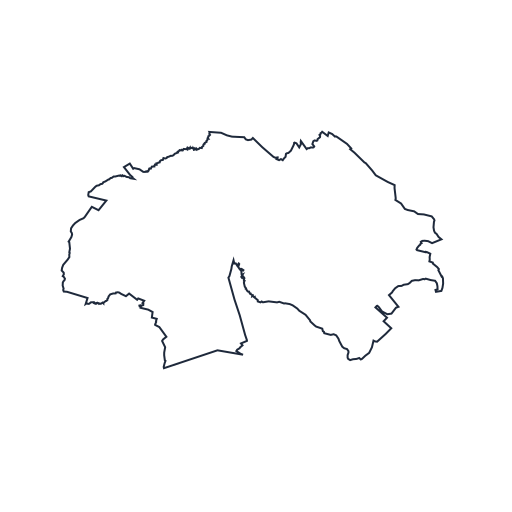 outline of Supur, Satu Mare, Romania, rotated 32°
{"feature_id": "2599482B47171658454512", "entity_name": "Supur", "entity_type": "district", "adm_level": 2, "iso_a3": "ROU", "parent_name": "Romania", "parent_adm1": "Satu Mare", "projection": "mercator", "projection_center": [22.793, 47.46], "detail": "fine", "context": "isolated", "style": "outline", "palette": "slate", "viewbox_px": 512, "rotation_deg": 32, "n_neighbors": 0, "source": "geoboundaries", "source_scale": "gbopen_adm2", "svg_char_len": 6116}
<svg xmlns="http://www.w3.org/2000/svg" viewBox="0 0 512 512"><g transform="rotate(32 256 256)"><path d="M237.4,399.9L273.3,356.4L297.3,346.6L294.8,347.1L289.7,347.0L289.7,345.4L291.0,342.9L290.9,342.1L291.9,338.9L289.6,338.1L293.3,332.8L292.9,332.2L288.6,328.7L273.6,314.9L260.8,304.3L244.1,289.0L244.1,287.1L242.0,280.1L240.9,277.6L239.2,271.5L241.6,273.9L242.7,273.0L245.1,274.1L245.3,271.5L246.0,271.7L246.7,274.7L249.1,275.8L249.8,276.0L249.7,275.1L250.5,274.6L253.6,274.7L251.7,275.6L251.6,276.6L253.5,279.2L254.0,279.5L254.5,278.7L254.6,281.5L255.9,282.0L256.6,281.3L256.4,280.3L257.6,280.7L258.0,281.1L258.1,283.0L258.3,282.4L258.8,283.3L259.4,283.1L259.9,285.1L262.8,288.0L264.1,288.4L264.6,289.2L265.0,289.0L266.6,290.1L268.3,290.4L269.0,289.9L270.7,291.1L271.3,290.7L271.7,291.1L273.7,291.1L274.0,291.9L274.3,291.2L274.8,291.7L276.2,291.9L276.6,291.3L277.2,292.0L280.9,292.5L281.6,293.6L284.4,292.9L284.9,291.6L286.4,291.6L290.7,287.8L298.4,284.2L300.0,282.5L305.0,281.4L305.7,280.7L310.1,278.9L313.2,278.4L318.9,278.7L321.7,279.5L329.2,279.6L336.0,281.9L336.7,282.7L342.5,283.8L344.4,284.0L350.7,282.5L352.5,284.3L353.8,284.3L354.8,285.3L361.2,283.3L363.3,281.2L366.1,280.8L369.7,282.4L371.7,284.0L377.2,287.2L379.6,287.5L382.5,286.7L384.8,287.7L385.6,288.9L386.2,291.5L387.6,293.7L388.7,294.4L391.0,294.4L392.9,292.2L395.8,290.0L397.6,287.8L399.7,288.2L400.4,287.1L401.6,282.5L403.3,278.2L402.7,272.0L400.5,265.5L402.1,265.4L404.1,264.5L407.3,253.3L409.0,245.6L398.8,243.7L399.8,238.9L384.5,236.3L384.9,234.3L385.3,233.9L387.4,234.3L392.1,236.2L394.3,236.1L398.2,235.8L401.4,233.1L402.1,225.7L403.7,223.6L389.5,218.7L390.7,214.8L390.6,213.4L391.1,209.6L392.6,206.1L395.3,204.2L396.5,202.1L399.7,199.4L400.6,197.5L401.3,194.5L403.7,192.2L406.9,190.4L409.9,186.9L411.3,186.4L411.9,185.3L417.0,183.8L421.0,182.1L423.8,183.3L425.9,185.5L427.6,188.0L426.2,189.7L427.6,191.0L431.7,187.4L431.0,184.2L429.3,180.2L426.4,175.9L424.9,174.8L424.3,174.6L424.2,175.0L418.2,171.4L418.0,170.2L415.6,169.4L410.1,168.7L409.4,167.9L405.9,168.7L405.2,166.9L403.8,164.9L402.6,161.7L399.0,162.1L397.8,162.5L397.9,162.9L389.5,165.7L388.7,165.5L388.4,163.7L388.8,160.5L389.3,159.5L389.0,158.3L389.6,157.4L388.3,156.6L389.0,155.1L390.9,153.7L394.1,152.2L398.5,151.8L404.4,143.6L400.7,143.1L397.5,141.6L395.4,141.4L393.6,140.2L391.3,137.6L388.8,132.7L388.5,131.3L387.6,130.5L384.0,129.3L376.3,131.8L371.1,134.6L366.5,134.3L360.3,136.6L357.3,137.2L351.2,134.6L344.5,134.6L343.9,133.0L337.5,125.0L336.0,122.4L328.6,123.4L314.8,124.1L309.1,121.9L299.9,119.1L298.3,119.2L284.7,116.2L279.3,115.5L279.7,114.3L273.8,112.7L261.5,112.1L260.3,112.2L259.7,112.9L256.0,112.2L252.2,112.7L253.2,116.2L246.3,115.6L246.2,116.7L245.7,117.6L246.1,118.6L245.7,119.7L246.8,120.2L247.3,121.4L246.3,124.2L246.8,125.5L246.4,126.2L244.4,127.0L243.8,128.3L244.5,131.2L247.3,132.2L247.3,133.2L246.9,133.8L244.9,134.9L244.0,136.4L242.8,137.1L242.3,138.5L233.1,134.7L233.5,135.7L234.8,137.3L235.1,141.0L230.6,139.0L228.6,139.4L228.4,140.0L228.8,140.4L229.2,142.2L229.8,148.2L228.9,151.4L227.6,152.7L227.3,153.5L228.5,156.2L228.0,158.5L227.9,160.6L225.8,160.6L224.8,162.5L222.2,162.9L222.4,161.3L222.1,160.9L220.4,162.4L218.3,162.7L203.6,160.4L190.8,157.6L190.4,159.7L187.8,162.0L185.5,162.5L183.1,161.5L172.4,167.5L167.4,169.1L161.1,170.0L150.9,175.4L151.5,175.7L151.3,176.4L151.9,177.4L152.8,177.7L152.5,179.1L152.1,179.7L152.5,180.5L152.5,181.4L153.4,181.8L152.7,182.2L153.3,183.6L153.0,184.7L153.6,185.4L152.6,187.3L153.0,188.1L152.5,188.6L152.4,189.4L153.0,190.5L152.4,192.2L152.8,193.2L151.1,194.0L150.8,195.5L149.8,196.7L148.7,196.5L149.0,197.3L147.4,197.2L147.7,197.9L147.2,198.1L147.5,198.4L147.2,198.7L147.0,198.3L145.7,197.8L145.9,198.2L145.3,198.4L145.4,199.0L144.9,198.1L143.5,198.7L143.2,199.6L142.6,199.0L142.5,200.2L141.0,200.3L141.6,201.2L141.6,201.8L140.5,201.4L140.6,202.2L138.0,203.5L137.9,205.0L137.5,204.8L136.5,205.4L136.5,206.2L135.1,206.7L135.2,207.4L134.3,209.1L135.0,209.6L132.9,212.4L132.6,214.3L131.7,215.6L130.6,216.2L129.3,218.2L128.3,219.1L128.3,220.3L127.4,221.4L125.6,222.0L126.1,223.9L124.8,225.0L124.3,226.1L124.7,227.7L123.7,228.5L123.2,229.9L122.4,230.2L122.5,230.7L123.2,231.4L121.9,232.0L122.1,232.6L121.9,233.1L122.4,233.9L120.3,235.4L120.5,237.7L119.2,238.2L119.2,239.2L119.5,239.5L119.7,240.9L119.5,241.8L118.9,241.7L118.4,242.6L117.9,242.5L117.5,243.4L115.8,244.4L111.3,244.2L106.1,246.0L105.6,247.1L100.0,244.5L96.9,250.6L106.3,254.0L109.4,254.5L109.8,255.1L111.4,255.3L108.1,256.7L106.6,256.5L104.4,257.5L101.9,257.7L101.1,258.7L100.1,258.3L99.8,259.0L99.1,259.2L99.2,259.6L98.1,259.6L97.9,260.2L97.2,260.4L94.4,263.3L93.1,264.1L92.3,266.2L91.4,266.9L90.8,269.0L90.3,269.3L88.8,272.5L87.4,274.4L87.5,275.6L87.3,276.3L86.0,277.5L85.4,279.2L83.6,280.9L83.0,282.6L81.7,288.8L80.3,290.5L81.4,293.2L82.5,294.1L99.7,288.3L98.2,300.6L90.7,301.3L90.1,313.7L89.7,315.4L87.3,318.9L85.2,323.9L84.6,327.0L84.5,330.5L85.9,333.3L87.6,334.1L88.7,335.3L89.4,337.8L89.5,343.1L90.3,343.2L94.4,348.4L95.7,351.8L96.4,352.1L96.9,353.8L98.3,355.8L98.2,358.8L97.2,365.6L97.8,368.7L98.9,371.3L101.7,372.0L102.7,373.3L102.8,375.5L103.9,375.5L106.0,376.5L106.4,377.9L106.1,379.4L106.2,380.8L107.7,383.5L110.1,385.6L110.5,387.0L111.8,388.0L114.7,386.5L135.4,380.9L137.0,387.0L137.6,385.8L139.0,385.6L139.9,384.8L140.5,382.8L143.1,381.0L143.6,381.1L143.7,381.8L145.2,381.6L145.8,381.1L145.6,380.4L146.2,379.7L147.1,379.8L147.5,379.4L148.3,379.8L148.9,379.0L149.7,378.8L150.6,376.8L151.6,377.0L151.2,376.4L151.6,376.1L152.4,373.8L152.9,373.4L153.3,372.0L152.7,371.2L152.9,370.0L152.4,368.4L152.7,365.8L154.7,363.5L156.8,362.1L156.6,361.2L158.0,360.0L159.4,359.5L161.7,359.6L167.0,359.0L168.3,355.1L178.4,356.1L178.6,354.4L184.9,353.2L184.7,356.0L185.6,355.9L186.4,357.4L185.4,358.6L184.3,358.9L183.4,359.8L184.0,360.4L185.2,359.9L185.6,361.1L193.0,358.6L198.0,358.3L200.3,363.4L205.1,361.9L205.8,364.5L206.3,364.8L206.7,367.5L207.0,367.9L211.7,367.5L222.8,372.0L221.4,376.0L221.4,377.8L227.3,381.5L229.3,386.5L230.7,388.8L234.0,392.8L234.8,392.9L235.3,395.3L236.5,399.0L237.4,399.9Z" fill="none" stroke="#1e293b" stroke-width="2"/></g></svg>